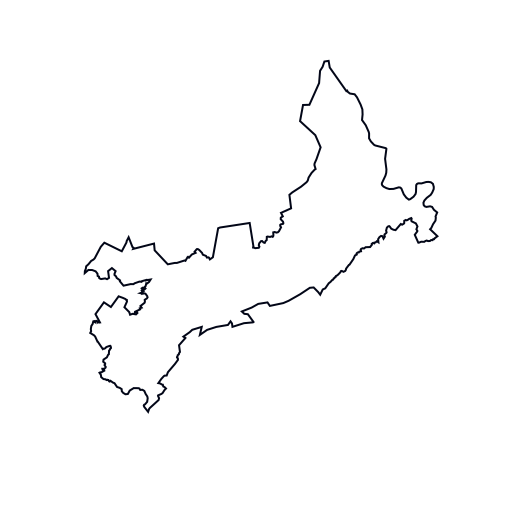 Cocula, Guerrero, Mexico (Robinson projection), rotated 222°
{"feature_id": "50627088B31942029589440", "entity_name": "Cocula", "entity_type": "district", "adm_level": 2, "iso_a3": "MEX", "parent_name": "Mexico", "parent_adm1": "Guerrero", "projection": "robinson", "projection_center": [-99.718, 18.138], "detail": "fine", "context": "isolated", "style": "outline", "palette": "ink", "viewbox_px": 512, "rotation_deg": 222, "n_neighbors": 0, "source": "geoboundaries", "source_scale": "gbopen_adm2", "svg_char_len": 6069}
<svg xmlns="http://www.w3.org/2000/svg" viewBox="0 0 512 512"><g transform="rotate(222 256 256)"><path d="M331.6,93.9L329.8,91.1L328.2,89.8L327.7,87.9L323.2,88.7L321.6,88.5L316.5,86.3L316.3,86.5L307.5,84.3L307.3,85.2L306.7,85.6L306.3,86.6L306.3,88.2L304.9,90.8L304.3,91.7L303.7,91.7L302.5,90.9L302.1,90.3L302.4,89.6L301.9,88.7L301.9,87.4L299.6,84.5L299.8,83.6L299.0,80.9L300.0,77.0L298.8,75.2L296.3,75.3L295.8,74.8L295.6,73.6L293.4,73.0L293.1,72.2L293.3,70.7L294.7,69.4L294.0,68.9L292.3,69.5L292.0,69.3L293.1,66.0L293.9,65.3L294.2,64.5L291.8,63.9L290.0,62.4L287.0,62.5L285.4,63.6L284.1,63.8L283.9,64.4L283.3,64.5L282.7,65.1L281.3,64.6L280.7,64.8L280.6,65.9L277.6,66.2L276.1,66.8L271.6,65.7L269.1,66.8L266.8,67.2L265.2,65.7L263.1,65.4L260.5,65.9L258.9,67.7L259.8,71.5L258.5,76.0L254.8,79.2L254.0,79.5L252.4,79.0L250.9,80.6L248.7,81.0L245.6,79.6L242.8,78.9L241.3,77.8L239.3,74.8L239.2,71.5L239.6,70.6L239.3,69.7L238.1,69.1L231.9,68.0L233.1,70.8L233.2,72.0L232.0,83.8L232.9,85.5L235.3,86.5L235.5,86.9L234.0,90.2L233.7,91.6L234.3,95.1L234.2,97.3L236.3,97.4L237.6,97.0L239.1,98.0L239.6,97.6L242.0,97.1L243.5,96.2L244.1,101.2L244.1,104.9L243.9,105.9L242.4,107.4L243.7,110.7L244.0,121.6L244.5,126.6L245.6,127.7L246.8,127.7L247.2,128.3L247.3,129.2L247.8,129.9L247.5,131.3L248.1,132.0L248.3,133.8L253.5,138.2L253.6,147.8L256.0,147.5L254.3,155.0L254.0,158.5L248.9,167.0L244.9,159.8L242.9,168.4L238.0,176.8L230.7,186.0L231.2,190.4L228.7,189.8L226.1,187.6L220.0,198.0L213.8,204.7L213.7,205.3L223.1,207.3L226.0,205.2L229.4,205.3L224.7,214.8L222.3,221.9L216.4,229.2L212.3,228.2L204.2,239.3L201.8,244.5L197.6,257.1L194.7,268.4L192.1,271.2L185.6,270.8L182.4,270.2L184.0,275.8L182.9,278.3L183.7,284.4L183.3,286.6L183.3,289.2L182.9,290.0L183.3,291.4L182.9,291.9L183.1,293.2L182.8,293.9L183.2,294.5L182.6,296.2L182.5,297.8L182.4,300.4L182.8,301.5L182.3,302.3L180.4,302.8L179.7,304.6L180.0,306.0L180.6,306.9L181.0,311.5L180.7,312.1L181.6,318.8L182.8,322.6L182.1,324.5L182.8,324.9L183.0,325.5L182.8,326.7L182.0,327.4L182.2,328.3L181.1,329.8L182.5,330.8L182.6,331.7L181.9,333.2L180.8,333.8L180.4,335.9L177.2,339.0L177.4,341.9L178.1,342.4L177.9,343.8L176.6,344.5L177.0,345.2L176.2,346.1L176.1,347.8L174.2,348.1L176.5,350.2L176.9,352.6L176.5,354.6L175.3,355.3L172.8,354.2L173.2,356.6L174.3,357.2L174.9,358.0L174.6,360.3L174.8,361.0L176.3,361.9L177.7,364.6L177.7,366.1L177.1,367.3L176.4,367.4L173.8,366.8L171.4,367.5L169.6,368.6L169.8,376.7L168.4,377.0L167.8,378.8L167.8,379.5L169.4,381.4L168.8,383.0L168.0,383.2L167.5,384.0L167.0,386.1L166.0,388.1L165.3,387.9L164.5,386.4L163.6,385.9L159.0,387.2L155.8,386.0L154.7,383.2L152.8,382.6L152.6,382.1L152.2,378.0L144.3,374.5L143.9,374.8L142.8,377.1L140.4,379.2L140.2,380.4L139.5,381.7L138.1,382.2L136.8,383.5L136.5,385.1L135.4,385.9L135.6,387.1L134.9,387.7L135.1,388.5L134.4,392.1L144.5,392.4L144.5,394.2L145.7,398.1L146.3,402.4L148.0,404.8L149.0,405.5L150.5,409.6L154.7,409.4L158.0,410.3L159.9,409.4L162.2,406.5L163.9,405.8L165.5,406.1L167.2,407.6L168.0,409.9L168.0,413.5L167.1,418.3L167.5,421.0L168.7,424.6L170.1,426.3L172.8,428.0L175.4,427.8L177.4,426.5L179.0,424.9L181.5,420.8L184.1,418.5L184.6,417.2L184.4,415.9L179.9,410.6L178.9,408.8L178.6,405.5L179.4,401.5L180.1,400.2L183.3,399.9L187.4,400.7L193.1,403.4L194.5,403.4L195.8,402.6L198.7,397.9L201.7,395.0L204.5,393.7L207.6,392.9L209.5,393.0L210.6,393.6L211.2,394.4L213.6,402.4L214.9,405.0L217.0,407.6L225.1,414.6L230.8,422.9L231.7,423.0L241.4,417.9L242.8,417.6L247.3,418.0L250.7,419.1L253.9,422.7L255.2,423.6L261.9,426.6L268.2,428.0L271.5,432.5L275.0,436.1L279.5,438.5L287.1,441.5L290.9,442.2L294.9,439.6L297.4,439.4L299.0,439.9L299.2,439.0L327.3,445.4L332.6,449.6L335.3,446.3L333.1,441.2L332.3,436.5L324.8,426.7L317.5,404.1L322.1,399.7L313.5,385.7L292.8,385.5L280.7,380.0L275.8,368.3L274.4,364.0L273.5,362.7L269.9,360.5L270.2,359.3L270.3,354.9L269.4,349.5L268.0,346.7L267.8,344.7L268.9,337.6L271.6,327.5L272.1,323.8L261.8,314.9L266.3,304.8L262.6,303.4L263.2,301.1L262.3,299.9L258.9,299.6L257.6,298.7L257.4,298.1L258.8,296.0L258.8,295.2L258.0,294.5L256.6,294.1L255.5,289.8L255.6,288.3L256.4,287.1L258.2,286.3L259.0,285.1L256.9,283.0L256.4,282.1L256.4,281.4L257.5,281.1L258.3,279.6L260.4,278.2L260.8,277.5L258.7,275.0L258.9,273.7L258.3,271.6L259.4,271.1L261.5,271.2L262.2,270.4L262.1,267.6L261.2,265.9L259.7,265.2L259.4,264.0L261.8,261.3L263.4,260.7L264.4,259.7L263.7,260.9L282.8,276.3L301.8,253.1L302.7,251.3L287.2,226.2L288.0,222.6L289.8,223.3L290.4,223.2L291.4,222.0L293.2,222.6L296.4,221.4L298.1,222.2L302.3,222.5L303.9,222.2L304.6,221.5L304.5,218.1L303.0,217.9L304.7,214.2L304.7,209.9L306.0,209.9L306.1,209.4L305.2,205.2L306.1,204.9L310.1,198.0L311.8,196.4L316.0,190.8L335.1,192.4L340.1,197.0L352.0,179.1L352.3,180.2L353.8,180.0L363.2,184.7L362.1,180.6L361.3,179.3L358.9,169.7L377.6,164.4L377.5,159.0L374.3,146.3L374.4,144.6L375.2,142.0L375.0,137.8L375.3,134.7L373.9,132.6L373.1,130.3L371.8,128.7L371.2,133.5L368.3,136.0L364.9,137.3L362.0,136.8L360.3,135.2L358.9,135.6L357.8,134.7L357.2,134.7L355.7,135.2L353.1,138.4L351.2,139.1L350.6,141.4L355.8,145.8L355.0,150.6L350.2,150.8L349.2,148.0L348.4,147.2L346.4,147.2L344.9,146.5L340.7,146.9L340.2,146.1L334.6,145.3L330.3,151.3L328.2,153.1L328.0,154.4L325.5,159.0L324.8,159.4L324.2,160.5L323.8,160.4L323.5,161.7L321.5,164.8L321.3,164.6L318.6,168.0L318.1,165.1L318.7,161.9L319.1,162.0L317.9,159.8L318.1,158.1L316.4,157.9L316.5,156.5L316.7,155.8L319.1,156.3L319.3,155.4L316.4,154.6L317.4,153.7L316.0,153.2L317.1,151.0L316.2,151.5L315.4,151.5L315.1,152.7L314.3,152.9L313.8,153.7L312.8,154.0L310.0,153.4L308.9,152.7L308.7,151.5L309.4,149.0L307.9,147.6L307.5,146.6L308.4,141.5L306.4,141.1L307.4,139.4L306.4,138.8L308.6,133.6L308.3,133.1L307.3,134.8L306.0,134.3L306.1,132.3L309.0,130.5L310.3,128.1L312.7,129.5L319.5,129.9L321.4,135.8L322.6,136.9L323.1,136.5L324.1,136.7L326.9,135.8L331.1,134.1L329.7,121.0L338.0,119.8L336.4,105.4L327.5,102.2L328.0,101.6L328.9,102.1L329.3,101.7L329.4,100.7L330.0,101.3L331.4,100.9L331.7,100.1L331.1,99.1L332.3,98.8L332.8,99.2L333.2,98.6L331.9,96.1L331.6,93.9Z" fill="none" stroke="#020617" stroke-width="2"/></g></svg>